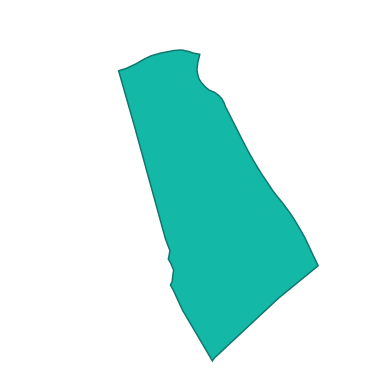 outline of Al Mutun, Al Jawf, Yemen, rotated 318°
{"feature_id": "15242507B16554732287122", "entity_name": "Al Mutun", "entity_type": "district", "adm_level": 2, "iso_a3": "YEM", "parent_name": "Yemen", "parent_adm1": "Al Jawf", "projection": "natural_earth1", "projection_center": [44.619, 16.313], "detail": "fine", "context": "isolated", "style": "filled", "palette": "teal", "viewbox_px": 384, "rotation_deg": 318, "n_neighbors": 0, "source": "geoboundaries", "source_scale": "gbopen_adm2", "svg_char_len": 1237}
<svg xmlns="http://www.w3.org/2000/svg" viewBox="0 0 384 384"><g transform="rotate(318 192 192)"><path d="M191.8,107.7L191.0,109.1L146.3,198.3L140.8,209.3L136.8,219.7L136.3,220.9L132.0,224.2L129.5,226.0L128.4,231.2L126.2,237.6L124.7,238.9L122.4,240.8L117.1,245.4L113.7,246.7L112.6,251.8L111.5,255.5L111.4,255.7L109.4,262.1L108.7,264.4L107.7,267.5L106.1,272.9L105.8,273.7L105.4,275.8L101.6,294.6L97.4,315.2L94.5,329.4L94.1,331.1L98.0,330.3L144.7,329.5L161.4,329.2L179.4,328.9L180.4,328.9L186.4,328.8L191.4,329.1L200.4,329.5L206.2,329.8L211.5,330.0L219.1,330.4L236.3,331.2L236.5,330.9L241.0,315.7L245.3,301.6L247.5,291.6L249.5,281.6L250.8,273.1L252.0,260.5L252.4,251.2L253.0,244.5L254.3,236.0L255.9,224.2L258.5,210.8L258.9,208.8L261.1,199.0L264.7,185.2L268.9,169.7L273.9,151.1L275.5,147.2L276.5,142.8L276.5,138.3L275.5,133.2L272.9,127.6L272.2,122.8L272.2,116.9L272.7,113.8L272.9,112.8L274.5,109.1L277.4,104.6L282.7,99.8L288.2,96.1L289.9,94.9L288.3,92.7L285.4,88.9L284.0,85.9L281.7,82.9L280.0,80.3L277.1,77.7L273.1,74.7L267.8,71.5L261.9,67.9L256.0,65.0L252.1,63.2L245.1,61.2L240.6,60.2L236.2,59.3L230.6,57.6L228.7,57.0L225.6,56.1L221.2,54.0L218.6,52.8L192.0,107.2L191.8,107.7Z" fill="#14b8a6" stroke="#0f766e" stroke-width="1.5"/></g></svg>